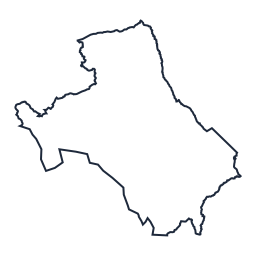 Nogoonnuur, Bayan-Ölgiy, Mongolia (orthographic projection)
{"feature_id": "93677404B33313948817102", "entity_name": "Nogoonnuur", "entity_type": "district", "adm_level": 2, "iso_a3": "MNG", "parent_name": "Mongolia", "parent_adm1": "Bayan-Ölgiy", "projection": "orthographic", "projection_center": [90.114, 49.534], "detail": "fine", "context": "isolated", "style": "outline", "palette": "slate", "viewbox_px": 256, "rotation_deg": 0, "n_neighbors": 0, "source": "geoboundaries", "source_scale": "gbopen_adm2", "svg_char_len": 5717}
<svg xmlns="http://www.w3.org/2000/svg" viewBox="0 0 256 256"><path d="M240.6,176.1L239.3,174.8L238.4,174.3L238.1,173.1L237.3,171.6L237.0,170.2L236.5,169.2L234.7,167.8L234.2,167.2L234.0,166.5L234.3,163.7L234.7,162.0L234.7,160.5L235.1,159.2L235.6,158.7L235.2,158.0L234.0,158.5L233.9,157.9L234.4,156.7L234.9,156.6L235.3,156.1L236.6,155.6L236.5,155.1L236.6,153.5L237.1,152.7L211.9,128.2L206.9,131.2L203.6,128.7L202.9,127.2L202.1,126.6L201.6,125.8L200.3,124.8L199.7,123.3L198.7,123.5L198.2,122.6L197.3,121.9L196.6,120.8L196.2,119.4L195.8,118.7L195.7,118.1L195.0,116.7L194.9,115.6L194.0,114.9L192.6,112.0L191.2,110.4L191.0,109.6L189.7,108.1L186.2,106.3L184.6,106.1L182.9,105.0L182.1,104.1L181.3,104.1L180.7,102.8L179.9,102.2L179.0,100.1L178.6,100.0L177.5,101.3L176.4,101.5L175.9,99.1L175.2,98.6L174.5,97.8L174.5,97.5L174.7,97.4L174.7,97.0L173.8,95.1L173.3,94.7L173.1,93.0L172.7,92.2L172.5,91.2L171.8,90.4L171.1,87.8L169.5,86.1L169.0,84.6L168.3,84.0L167.3,81.8L166.3,80.9L165.8,80.1L164.9,79.5L164.3,77.9L163.6,77.5L163.3,77.0L163.4,75.9L162.6,73.3L162.7,72.4L162.1,71.9L162.4,71.4L162.3,70.9L162.5,70.2L162.5,69.5L162.6,68.9L162.5,67.0L162.0,65.8L161.9,63.9L161.4,63.3L161.5,62.9L162.1,62.3L162.3,61.3L162.0,60.3L161.5,59.9L161.8,59.2L160.8,58.0L161.0,57.2L160.5,56.3L160.5,54.7L159.4,53.7L159.4,53.4L159.9,53.1L159.9,52.2L159.4,51.8L159.1,50.8L158.1,50.4L158.1,49.9L157.4,48.9L157.4,48.2L157.1,46.5L157.3,46.0L157.0,45.6L156.9,45.1L156.9,44.7L157.2,44.3L157.0,43.6L156.4,43.0L156.6,41.6L156.2,40.8L156.4,40.2L156.0,39.9L155.6,39.2L154.7,39.0L154.7,38.3L154.4,37.8L154.8,37.2L154.8,36.9L154.4,36.2L153.2,35.9L153.3,34.8L152.1,33.3L152.3,32.7L151.8,31.1L152.3,30.6L152.2,30.3L151.5,29.7L150.7,28.6L150.6,28.1L150.9,27.6L149.9,26.4L148.6,26.3L148.1,25.7L147.4,25.5L144.1,25.0L143.5,24.4L143.1,22.8L142.5,22.4L141.9,21.4L140.7,20.6L140.2,21.2L139.9,22.8L138.9,23.0L138.6,23.5L137.7,23.8L137.0,24.6L135.9,24.9L135.1,25.6L133.7,27.4L132.2,27.0L129.5,27.5L129.2,27.8L128.2,28.0L126.5,29.4L124.4,29.5L122.4,31.0L120.8,31.5L119.5,31.6L117.0,30.1L116.1,30.2L114.5,30.8L114.2,31.2L110.7,32.0L107.6,31.5L104.9,32.1L104.0,32.0L102.4,32.8L100.9,32.6L97.7,32.9L96.0,33.8L93.5,33.9L90.6,34.7L82.7,39.0L76.8,40.7L77.5,40.7L78.2,41.1L79.5,42.5L80.7,42.0L82.4,42.5L82.8,44.2L82.6,45.2L82.8,45.4L82.9,47.0L82.4,47.4L81.6,47.4L80.6,48.5L80.2,49.9L80.4,50.4L79.9,50.7L79.8,52.2L81.1,53.0L81.2,54.1L81.9,54.2L82.4,56.3L83.7,56.4L84.4,56.7L84.4,57.3L83.8,58.1L83.9,58.9L84.4,59.5L85.6,60.2L85.5,60.7L84.6,62.1L84.2,62.4L83.3,62.5L81.8,62.4L81.8,62.8L82.3,64.1L82.3,64.8L81.1,65.2L81.0,65.7L81.6,66.3L83.2,66.3L85.4,68.4L85.9,68.4L87.3,69.4L87.4,70.0L89.0,70.7L92.1,69.9L92.7,68.8L94.0,68.8L94.8,69.5L94.6,72.0L95.5,73.2L95.4,73.6L94.7,74.1L94.8,75.0L94.5,75.5L94.5,76.1L95.3,77.4L95.7,77.6L95.8,78.2L94.6,80.2L94.6,80.7L94.8,81.2L95.1,81.3L95.5,82.6L96.0,83.4L95.1,84.3L94.0,84.0L92.2,84.8L89.6,86.7L89.7,87.2L89.4,88.4L89.0,89.0L87.0,89.4L85.4,90.3L81.9,91.5L77.0,93.9L75.8,94.2L74.7,94.1L73.8,94.4L73.2,94.0L70.7,93.3L69.5,93.5L68.5,94.2L65.4,94.8L64.5,96.0L64.6,96.4L63.6,96.9L63.2,96.8L62.7,97.6L62.1,97.9L57.9,98.8L56.6,97.6L55.6,99.0L54.4,102.0L52.5,104.4L53.1,104.8L53.3,105.4L52.7,107.0L51.8,107.5L50.9,108.8L50.5,108.9L49.6,108.1L48.4,107.7L46.5,109.8L44.7,109.9L45.1,110.3L45.4,111.1L45.6,112.0L46.4,113.4L45.3,113.4L44.7,113.8L43.4,114.0L42.1,115.4L41.9,116.2L40.3,115.9L39.6,116.4L37.9,116.1L39.8,114.0L37.4,112.9L35.3,111.3L34.2,111.5L33.2,110.2L33.0,109.5L30.7,108.1L30.3,107.5L30.1,106.6L29.4,105.3L27.8,104.1L26.5,103.6L26.2,102.8L25.5,101.8L24.7,101.6L24.0,102.0L23.2,101.8L22.6,102.3L21.8,102.3L19.8,103.8L17.6,104.2L16.3,104.8L15.5,106.7L15.4,107.5L15.5,108.0L16.1,109.1L17.8,110.8L17.9,111.7L17.1,112.8L17.2,113.6L16.3,114.7L17.9,116.1L18.6,118.5L20.0,119.0L21.4,120.4L21.7,120.8L21.8,121.8L22.6,123.3L22.4,124.4L21.9,125.1L20.0,126.0L29.7,129.2L32.5,134.6L36.2,138.9L41.4,149.2L41.0,159.3L46.0,170.9L54.9,167.9L62.7,162.4L59.4,149.3L75.9,151.7L87.2,154.1L89.8,162.8L98.0,164.6L103.2,170.7L112.5,177.9L123.4,187.6L123.8,194.7L127.8,205.5L129.0,209.4L137.8,213.6L138.7,215.4L138.8,216.7L141.5,221.2L142.9,224.6L145.6,221.8L147.6,218.1L150.4,221.7L153.7,227.9L152.5,234.7L167.2,235.4L167.2,234.2L167.8,233.4L170.2,232.1L172.8,232.2L174.1,231.7L174.4,231.0L174.3,230.5L174.6,230.0L176.3,229.5L177.0,228.3L179.5,225.8L179.8,225.2L180.1,224.9L180.0,223.5L180.4,223.1L181.1,221.2L184.9,221.6L185.8,221.5L188.9,218.5L189.9,219.3L191.4,219.4L191.9,219.8L192.0,220.5L191.5,221.1L191.9,222.9L192.3,223.6L192.5,224.3L193.1,225.0L193.4,226.3L194.5,227.1L194.4,228.3L195.3,230.0L195.7,233.4L197.0,234.0L198.7,234.3L199.2,234.6L200.2,234.5L200.4,234.4L200.5,233.8L200.2,232.5L201.1,230.7L201.1,230.0L201.7,229.1L201.0,228.3L201.3,227.2L201.3,226.7L200.6,225.6L201.4,224.3L202.2,224.0L202.9,221.5L203.8,220.1L203.7,219.6L204.1,218.2L204.0,217.5L204.4,216.9L204.3,216.4L203.7,216.4L203.3,216.1L202.6,216.1L202.9,214.8L201.4,214.3L201.1,212.4L201.4,211.7L201.3,210.7L201.9,209.7L201.1,207.6L201.1,207.1L202.0,206.1L203.1,203.5L203.8,202.5L203.9,202.3L203.6,201.5L203.7,200.8L204.6,200.5L204.9,199.7L205.9,198.8L206.2,197.7L207.1,196.7L208.1,196.9L209.3,196.4L210.8,196.6L211.7,195.9L213.1,195.6L213.4,195.0L214.3,194.9L214.9,193.7L215.4,193.2L215.3,192.9L215.4,192.7L217.8,191.7L218.1,191.3L219.2,189.4L219.2,188.5L219.6,187.9L219.4,187.3L220.0,186.7L220.5,185.6L221.0,185.3L221.5,185.4L221.9,185.2L222.2,184.6L222.9,184.4L223.4,184.0L223.5,183.3L224.2,182.7L224.8,182.9L226.6,181.9L227.2,180.4L228.2,180.5L228.3,180.2L228.8,180.2L231.2,178.4L232.2,178.2L233.2,178.6L234.6,178.4L234.6,177.8L234.9,177.2L235.9,177.1L236.3,176.4L237.0,176.2L237.4,176.6L239.1,176.9L240.0,176.7L240.6,176.1Z" fill="none" stroke="#1e293b" stroke-width="2"/></svg>